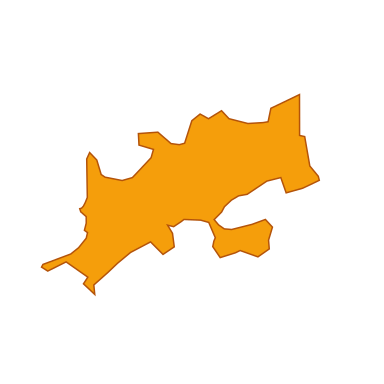 Suffolk, Massachusetts, United States of America, rotated 206°
{"feature_id": "52423323B97000000441045", "entity_name": "Suffolk", "entity_type": "district", "adm_level": 2, "iso_a3": "USA", "parent_name": "United States of America", "parent_adm1": "Massachusetts", "projection": "mercator", "projection_center": [-71.062, 42.336], "detail": "fine", "context": "isolated", "style": "filled", "palette": "amber", "viewbox_px": 384, "rotation_deg": 206, "n_neighbors": 0, "source": "geoboundaries", "source_scale": "gbopen_adm2", "svg_char_len": 1281}
<svg xmlns="http://www.w3.org/2000/svg" viewBox="0 0 384 384"><g transform="rotate(206 192 192)"><path d="M82.7,258.3L85.4,261.5L97.5,267.0L115.0,291.2L120.1,290.0L138.1,326.7L157.8,301.8L154.4,288.5L158.6,285.5L171.9,278.0L172.1,278.0L190.9,274.1L201.1,278.0L209.3,265.1L218.9,265.6L223.4,256.0L220.0,232.6L224.1,229.0L232.1,226.3L248.9,230.8L265.8,221.0L260.2,210.9L245.3,213.4L243.8,204.9L244.8,201.6L250.2,184.1L251.9,178.8L259.8,171.7L274.5,167.8L276.6,167.2L281.3,167.9L291.6,179.0L301.3,182.6L301.1,175.5L283.7,141.2L283.3,135.6L283.4,131.6L284.2,129.0L285.6,127.8L283.3,125.4L276.3,123.5L273.4,117.6L271.9,110.4L268.1,109.7L266.8,104.1L269.5,92.2L273.8,83.1L294.2,61.6L294.3,58.5L287.0,57.7L274.5,74.0L248.3,69.8L249.3,61.9L234.5,57.3L239.5,65.4L232.3,82.9L227.7,95.3L220.7,110.8L207.4,129.0L190.7,123.2L183.9,134.9L191.4,146.3L199.4,151.5L193.3,152.8L188.7,160.7L187.2,163.8L171.9,170.5L163.6,172.0L151.0,161.1L150.8,157.4L149.4,152.0L137.9,145.4L126.3,156.4L123.1,160.5L104.3,162.6L97.6,174.7L102.1,182.3L104.3,195.7L114.0,199.5L123.9,189.2L139.9,175.7L146.8,173.0L153.7,174.1L160.0,176.9L156.6,187.0L156.4,193.0L153.0,202.0L148.4,209.0L141.4,214.1L129.5,234.6L118.5,243.9L107.0,232.5L94.2,243.9L82.7,258.3Z" fill="#f59e0b" stroke="#b45309" stroke-width="1.5"/></g></svg>